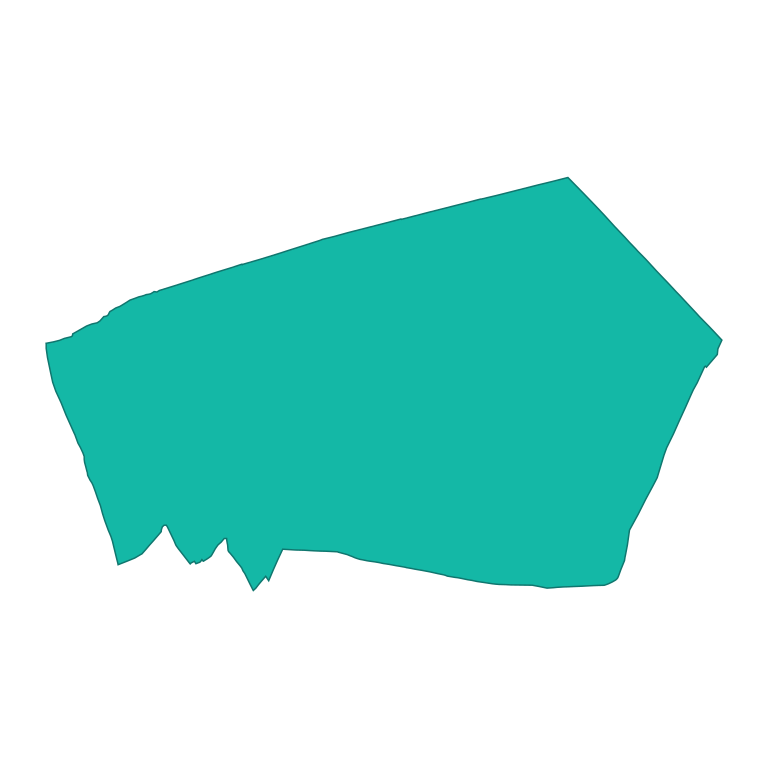 Tam Nong, Ðong Tháp, Vietnam
{"feature_id": "81297802B81919693811276", "entity_name": "Tam Nong", "entity_type": "district", "adm_level": 2, "iso_a3": "VNM", "parent_name": "Vietnam", "parent_adm1": "Ðong Tháp", "projection": "robinson", "projection_center": [105.496, 10.734], "detail": "fine", "context": "isolated", "style": "filled", "palette": "teal", "viewbox_px": 768, "rotation_deg": 0, "n_neighbors": 0, "source": "geoboundaries", "source_scale": "gbopen_adm2", "svg_char_len": 3885}
<svg xmlns="http://www.w3.org/2000/svg" viewBox="0 0 768 768"><path d="M629.4,530.8L629.5,530.1L638.2,514.2L645.6,499.5L652.8,486.1L657.2,477.7L657.7,476.0L657.9,475.3L664.0,455.1L666.6,447.9L673.5,433.8L679.1,421.2L685.7,406.8L691.2,394.4L693.3,389.8L697.2,382.8L704.6,366.7L705.4,366.2L706.4,367.2L717.3,354.5L717.9,348.8L721.9,340.1L717.7,335.6L709.1,326.5L699.3,316.5L696.7,313.6L686.5,302.7L680.2,295.9L676.2,291.8L668.2,283.2L666.1,281.0L661.2,275.9L656.6,271.1L654.7,269.0L649.2,263.0L645.5,259.0L637.8,251.2L635.6,248.7L629.6,242.5L624.8,237.2L622.6,234.9L614.6,226.5L604.8,215.7L594.7,205.0L584.1,194.0L574.0,183.7L567.9,177.5L550.2,182.0L544.5,183.4L538.6,184.8L519.3,189.7L508.3,192.5L502.0,194.1L496.0,195.6L481.2,199.1L480.4,199.1L464.6,203.2L428.6,212.3L401.3,219.4L401.0,219.0L384.2,223.4L353.2,231.3L347.4,232.8L334.5,236.4L322.3,239.4L319.9,240.4L298.6,247.2L286.0,251.2L280.2,253.1L259.5,259.5L242.3,264.5L242.2,264.6L242.0,264.2L241.9,264.2L231.3,267.7L216.3,272.3L205.2,275.9L198.9,277.9L189.6,281.0L173.2,286.2L159.3,290.5L159.2,290.6L156.9,292.0L154.1,291.6L153.3,292.2L150.6,293.8L148.4,294.3L146.2,294.6L144.3,295.4L141.3,296.3L139.0,296.8L134.2,298.6L130.0,300.1L125.3,303.1L119.9,306.4L115.7,308.0L112.3,310.2L110.0,311.5L109.4,312.4L108.2,314.9L106.7,316.0L105.2,316.4L103.8,316.6L103.0,317.5L99.9,321.0L97.2,322.8L91.8,324.0L86.6,326.0L72.7,333.9L72.6,334.7L72.4,335.8L71.3,336.7L64.4,338.4L59.7,340.3L53.4,341.9L46.1,343.3L46.2,343.7L46.2,348.4L47.5,357.6L50.7,373.0L52.7,382.3L55.8,391.2L61.1,402.7L66.1,415.2L74.4,433.7L75.0,434.9L75.0,435.0L78.0,443.2L80.5,447.7L82.9,452.9L84.2,456.5L84.2,456.8L84.2,459.4L84.6,462.4L85.9,467.2L86.9,471.2L87.3,472.4L87.7,475.4L90.1,480.2L91.9,482.9L93.2,485.7L95.4,491.7L97.7,498.5L100.4,505.6L102.6,513.8L104.8,520.7L108.2,530.0L110.9,536.4L112.4,541.0L113.3,544.8L115.0,551.8L115.7,554.7L116.9,559.6L117.7,562.7L118.1,564.7L127.0,561.2L134.8,558.0L140.2,554.8L142.0,553.8L145.9,549.4L149.7,544.9L153.2,541.0L161.2,531.7L161.4,529.7L162.3,526.9L164.1,525.2L166.3,525.2L167.3,526.7L173.9,540.4L175.8,545.0L176.5,546.1L178.5,548.9L183.1,554.8L185.8,558.3L189.2,562.7L190.2,563.9L191.2,562.9L194.4,561.3L195.9,563.7L198.0,562.9L199.7,562.3L200.2,561.9L200.8,561.3L201.9,559.6L203.2,561.2L203.4,561.2L203.6,561.1L204.8,560.3L207.0,559.0L209.6,557.2L211.1,556.0L211.8,554.9L213.7,551.6L215.3,548.7L216.9,546.4L218.1,544.8L221.2,542.1L222.6,540.4L224.2,538.5L226.6,538.5L226.8,540.6L227.3,543.5L227.6,544.8L228.0,549.6L228.1,550.5L228.4,551.1L228.7,551.7L230.0,553.1L231.1,554.4L233.5,557.3L236.6,561.6L240.1,565.8L241.8,568.1L243.0,570.9L244.6,573.2L245.1,574.1L250.0,584.1L252.9,589.8L253.3,590.5L255.8,588.2L258.4,584.8L261.4,581.2L265.7,576.3L268.7,580.7L273.3,569.8L277.6,560.1L282.7,549.2L295.6,550.0L304.1,550.2L310.2,550.6L316.0,550.9L320.9,551.1L325.4,551.2L337.6,551.8L338.2,552.2L339.1,552.4L347.3,554.6L350.2,555.8L351.9,556.4L354.6,557.6L356.5,558.3L358.1,558.8L360.1,559.4L361.4,559.6L362.5,559.8L366.8,560.7L368.6,561.0L370.0,561.2L375.1,561.9L379.2,562.6L383.3,563.5L385.5,563.8L389.3,564.4L393.1,565.1L396.8,565.8L398.8,566.1L405.0,567.2L406.8,567.7L407.7,567.8L408.8,568.0L411.1,568.4L414.6,569.1L417.5,569.6L422.2,570.4L428.0,571.5L430.1,571.9L436.8,573.4L438.1,573.7L438.7,573.8L443.6,574.8L445.4,575.3L447.3,576.1L455.1,577.4L457.7,577.7L460.4,578.2L467.6,579.7L472.0,580.4L477.1,581.5L483.4,582.4L492.6,583.8L495.3,584.1L497.7,584.3L498.5,584.4L505.6,584.6L510.9,584.9L517.7,585.0L532.2,585.2L539.2,586.5L547.0,588.1L553.3,587.7L557.3,587.3L564.0,586.9L567.4,586.8L574.1,586.5L582.1,586.2L585.6,586.0L593.1,585.6L598.5,585.4L603.3,585.3L604.5,585.2L605.1,585.0L608.4,583.8L609.9,583.1L612.4,581.9L615.5,580.1L616.5,579.3L617.1,578.6L617.7,577.9L618.3,576.6L620.8,569.7L623.2,563.8L624.5,560.6L625.0,557.2L625.4,555.4L627.4,544.9L629.4,530.8Z" fill="#14b8a6" stroke="#0f766e" stroke-width="1.5"/></svg>